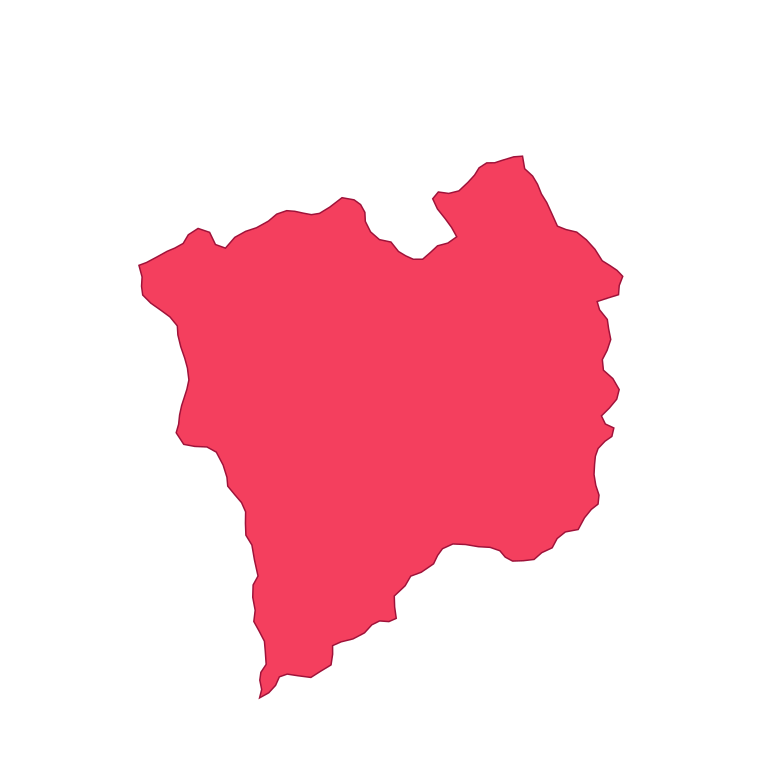 Bom Repouso, Minas Gerais, Brazil, rotated 331°
{"feature_id": "56859067B38014938025616", "entity_name": "Bom Repouso", "entity_type": "district", "adm_level": 2, "iso_a3": "BRA", "parent_name": "Brazil", "parent_adm1": "Minas Gerais", "projection": "mercator", "projection_center": [-46.184, -22.441], "detail": "fine", "context": "isolated", "style": "filled", "palette": "rose", "viewbox_px": 768, "rotation_deg": 331, "n_neighbors": 0, "source": "geoboundaries", "source_scale": "gbopen_adm2", "svg_char_len": 2355}
<svg xmlns="http://www.w3.org/2000/svg" viewBox="0 0 768 768"><g transform="rotate(331 384 384)"><path d="M615.6,251.9L607.6,248.2L595.5,245.6L588.1,244.2L581.0,240.4L572.0,241.0L564.5,245.2L555.0,248.4L543.1,251.4L533.0,248.7L524.6,242.4L516.4,245.6L515.6,256.8L517.7,269.3L519.0,279.8L519.0,290.5L508.2,291.7L497.8,289.1L488.6,291.4L478.3,293.6L470.1,289.1L465.1,282.4L460.9,275.1L458.9,263.2L450.0,255.5L446.0,244.4L446.5,232.7L450.5,224.6L450.5,215.7L447.1,208.4L437.6,200.7L422.3,203.0L410.3,203.5L402.6,200.7L396.3,195.5L389.7,189.7L382.9,185.2L372.5,183.4L361.9,185.5L348.2,185.5L337.0,183.4L324.6,183.4L311.2,188.3L304.2,180.3L305.0,166.8L296.8,157.8L285.2,158.6L276.5,163.7L266.9,163.7L258.7,162.8L247.4,162.8L235.1,162.6L227.2,161.4L224.3,173.1L219.3,181.0L216.1,189.2L219.3,200.4L224.3,210.7L229.3,221.5L231.4,233.0L227.5,241.2L224.3,252.9L222.2,265.0L219.8,274.8L215.3,285.9L209.0,293.1L202.3,299.4L196.5,304.8L190.2,312.0L184.9,319.6L178.6,325.9L179.6,339.7L188.3,346.9L198.6,353.2L204.3,362.3L204.0,376.9L201.4,389.5L197.8,397.6L199.8,408.4L201.9,418.7L201.0,428.7L195.2,438.8L189.9,449.3L190.4,460.8L185.4,475.1L180.7,490.9L172.1,496.3L165.8,506.9L161.6,519.5L155.0,528.6L155.0,539.8L154.7,551.0L150.5,560.4L145.0,572.1L136.5,576.5L131.8,582.8L128.9,591.9L123.0,598.2L133.5,598.2L143.1,595.0L150.5,589.4L158.7,590.8L167.1,597.3L177.8,605.2L189.1,604.5L201.5,604.0L208.1,595.4L212.2,587.9L221.4,588.7L233.3,591.9L246.3,592.2L256.6,588.7L265.3,589.1L273.1,594.2L281.1,594.9L285.2,584.2L290.2,574.4L304.7,570.7L314.2,565.0L325.4,566.7L340.2,565.3L347.8,559.9L355.3,556.4L366.7,557.3L377.5,563.9L387.6,572.0L397.6,578.3L404.5,586.0L406.1,594.2L410.6,601.2L420.2,606.1L430.2,610.2L440.2,608.0L451.7,608.8L460.5,603.1L470.9,601.3L483.3,605.4L494.5,598.2L504.5,594.2L513.0,592.8L518.2,585.4L520.1,575.3L523.8,565.0L529.2,556.4L533.9,549.6L540.0,544.2L549.5,541.2L557.9,540.3L563.7,533.9L558.2,526.3L558.7,517.3L569.4,514.3L580.2,510.1L587.0,502.9L586.8,490.3L582.6,478.3L586.8,468.5L595.5,462.7L603.9,455.0L607.2,444.7L610.6,435.8L608.5,423.6L610.4,415.2L621.4,417.3L632.4,419.6L637.5,411.9L645.0,405.6L642.9,397.6L639.1,390.1L634.6,382.0L633.8,368.4L630.9,356.0L626.2,344.6L618.0,337.1L612.2,330.0L613.3,316.9L614.3,304.3L613.8,294.1L615.1,283.7L614.8,274.2L611.4,263.9L615.6,251.9Z" fill="#f43f5e" stroke="#9f1239" stroke-width="1.5"/></g></svg>